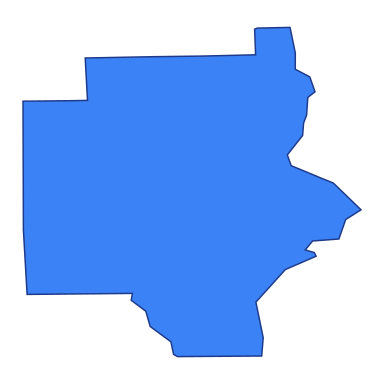 the district of Russell, Alabama, United States of America
{"feature_id": "52423323B77789245141210", "entity_name": "Russell", "entity_type": "district", "adm_level": 2, "iso_a3": "USA", "parent_name": "United States of America", "parent_adm1": "Alabama", "projection": "mercator", "projection_center": [-85.086, 32.286], "detail": "fine", "context": "isolated", "style": "filled", "palette": "blue", "viewbox_px": 384, "rotation_deg": 0, "n_neighbors": 0, "source": "geoboundaries", "source_scale": "gbopen_adm2", "svg_char_len": 708}
<svg xmlns="http://www.w3.org/2000/svg" viewBox="0 0 384 384"><path d="M290.0,27.4L262.7,28.0L257.3,28.1L254.6,29.2L255.6,54.8L200.9,56.1L152.9,56.7L85.2,58.0L87.5,100.4L70.9,100.7L23.0,101.2L23.4,229.8L27.1,294.4L37.8,294.3L132.4,293.4L131.2,300.3L145.8,311.2L150.2,326.5L170.9,341.8L173.6,354.4L177.5,356.6L261.7,356.0L263.2,337.7L255.9,302.1L285.4,269.5L316.1,256.2L314.3,252.6L305.2,249.9L312.6,241.0L338.9,239.0L341.1,232.6L345.7,219.5L361.0,209.8L333.4,183.1L319.4,177.4L291.2,165.7L287.3,154.9L302.6,135.5L303.6,123.0L304.1,121.7L306.6,115.2L307.8,97.4L315.0,91.8L309.8,76.9L295.3,69.3L295.3,53.1L295.0,51.5L290.7,30.6L290.6,30.2L290.0,27.4Z" fill="#3b82f6" stroke="#1e3a8a" stroke-width="1.5"/></svg>